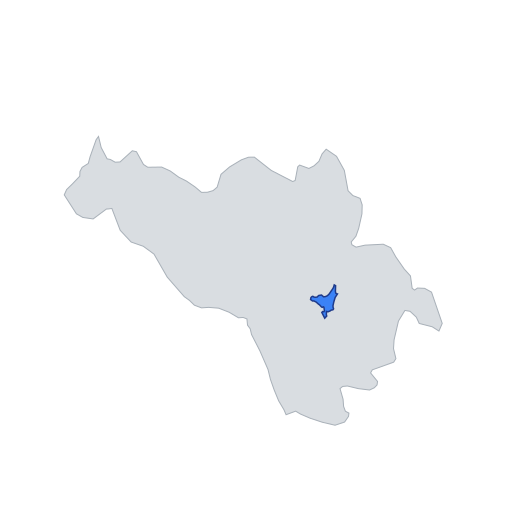 where Vrhnika sits in Slovenia, rotated 236°
{"feature_id": "SVN-1004", "entity_name": "Vrhnika", "entity_type": "Municipality", "adm_level": 1, "iso_a3": "SVN", "parent_name": "Slovenia", "parent_adm1": "", "projection": "albers", "projection_center": [14.296, 45.95], "detail": "fine", "context": "in_parent", "style": "filled", "palette": "blue", "viewbox_px": 512, "rotation_deg": 236, "n_neighbors": 0, "source": "natural_earth", "source_scale": "10m", "svg_char_len": 2477}
<svg xmlns="http://www.w3.org/2000/svg" viewBox="0 0 512 512"><g transform="rotate(236 256 256)"><path d="M443.2,192.3L432.5,188.3L419.8,186.9L417.5,189.2L412.5,191.7L410.0,195.9L412.4,212.3L409.3,215.2L394.8,213.9L390.1,215.9L382.5,227.5L374.5,232.4L364.4,236.1L356.9,240.3L347.3,244.1L339.2,246.4L336.0,251.4L334.2,257.0L334.8,262.3L343.3,272.7L344.6,283.9L343.9,297.6L342.1,305.0L338.9,309.9L318.4,316.5L297.2,328.1L296.7,330.7L306.6,340.5L307.0,343.0L299.0,348.8L298.3,354.5L299.3,361.1L303.7,367.9L305.3,373.9L293.6,378.5L277.6,377.1L258.6,368.8L251.9,370.1L245.6,374.5L239.0,372.6L231.7,367.4L221.5,356.6L216.5,349.9L214.4,342.8L211.7,341.8L207.4,343.9L204.0,352.5L194.6,368.1L187.6,372.3L177.1,371.4L162.3,371.6L153.1,372.9L141.9,367.4L139.1,368.4L139.1,372.0L134.9,377.7L127.9,381.3L96.0,372.7L91.5,365.7L98.8,362.5L108.8,353.6L115.6,354.7L124.0,352.8L127.6,349.0L122.4,337.7L109.3,323.6L102.3,318.2L92.7,314.6L91.0,310.8L96.6,288.8L95.0,285.6L84.0,286.6L81.4,284.2L80.6,280.4L81.4,275.2L88.8,266.7L97.1,259.1L99.4,254.9L99.1,251.5L88.6,248.1L82.3,244.5L77.3,243.3L73.8,245.2L71.3,243.0L68.8,236.6L71.5,226.9L81.0,218.1L91.2,210.2L100.1,204.5L105.2,202.1L107.6,192.2L112.9,193.2L123.3,193.8L134.9,196.2L145.7,199.0L155.2,202.5L175.2,206.2L193.4,208.4L198.9,210.5L203.4,210.3L208.9,213.3L212.2,211.0L214.6,206.9L224.5,202.2L233.6,195.9L239.9,188.0L243.5,181.8L249.7,177.4L256.4,176.0L262.4,173.8L288.1,170.6L314.6,172.5L327.1,168.0L337.4,160.3L352.5,157.9L353.3,157.8L376.0,163.1L377.7,159.7L378.6,158.2L377.8,141.7L384.8,134.0L391.4,130.7L413.9,131.2L417.0,136.2L418.4,144.0L420.7,154.5L424.5,157.3L426.7,161.4L426.5,168.7L431.1,174.0L441.8,188.5L443.2,192.3Z" fill="#d9dde1" stroke="#a8b0b8" stroke-width="1"/><path d="M172.4,279.0L172.7,280.2L171.8,281.0L172.0,281.6L172.6,282.2L175.2,283.5L176.0,283.6L176.3,283.3L176.3,282.7L176.4,282.2L177.1,281.8L180.2,281.3L181.0,280.9L184.2,280.1L186.3,278.9L187.1,277.7L189.4,276.9L190.8,278.3L191.0,279.1L191.0,279.8L190.8,280.6L189.5,281.1L188.6,282.1L187.8,283.6L188.2,285.9L187.0,288.5L184.4,289.2L184.1,289.8L183.7,290.3L183.2,292.3L183.3,293.9L183.6,295.4L186.1,301.7L186.8,302.9L188.3,304.7L186.9,305.4L182.2,302.0L180.3,301.3L179.0,302.3L177.4,298.5L174.4,294.8L171.8,292.1L170.7,291.4L169.9,291.0L169.3,291.0L168.8,290.7L168.4,289.9L168.6,289.1L169.1,288.1L169.0,286.8L169.5,284.4L170.5,283.7L170.7,283.4L167.8,281.4L166.7,281.1L166.0,278.2L172.4,279.0Z" fill="#3b82f6" stroke="#1e3a8a" stroke-width="1.5"/></g></svg>